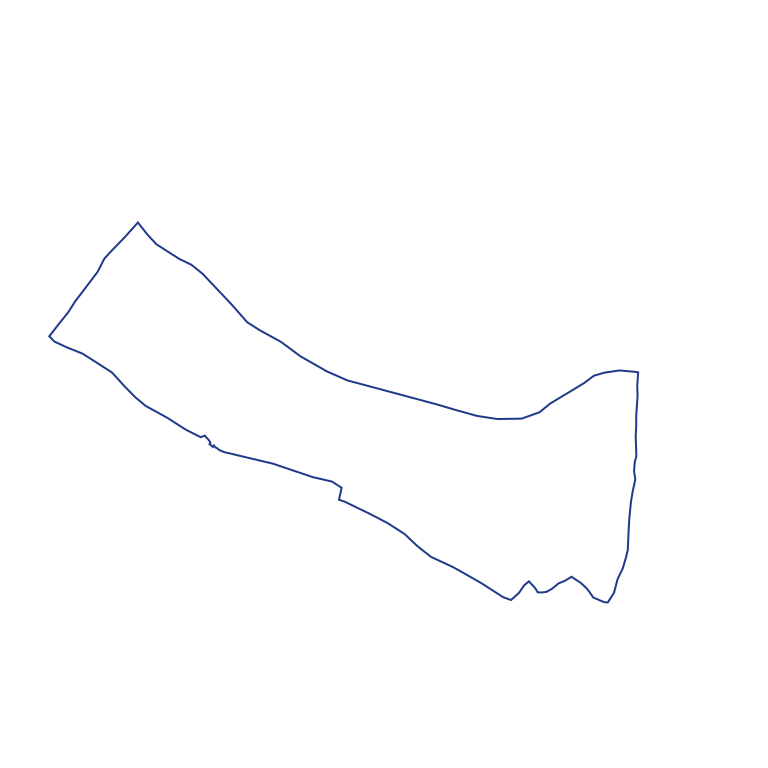 outline of Akoko North East, Ondo, Nigeria, rotated 33°
{"feature_id": "59680162B30693560799830", "entity_name": "Akoko North East", "entity_type": "district", "adm_level": 2, "iso_a3": "NGA", "parent_name": "Nigeria", "parent_adm1": "Ondo", "projection": "natural_earth1", "projection_center": [5.819, 7.563], "detail": "fine", "context": "isolated", "style": "outline", "palette": "blue", "viewbox_px": 768, "rotation_deg": 33, "n_neighbors": 0, "source": "geoboundaries", "source_scale": "gbopen_adm2", "svg_char_len": 1796}
<svg xmlns="http://www.w3.org/2000/svg" viewBox="0 0 768 768"><g transform="rotate(33 384 384)"><path d="M590.8,235.8L587.1,237.5L574.2,244.3L562.7,254.4L555.5,262.8L551.2,274.5L534.1,309.7L529.8,323.0L518.3,338.1L498.2,351.6L485.2,357.5L479.4,360.1L457.8,366.9L440.5,372.0L351.1,401.0L349.6,401.2L329.5,404.5L322.8,404.9L299.1,406.3L284.9,405.4L274.6,404.8L273.1,404.9L258.2,406.0L250.0,406.6L235.6,406.7L212.5,400.2L195.5,396.1L192.2,395.3L172.0,390.4L157.5,388.9L144.5,390.6L133.0,390.7L117.1,390.8L104.1,387.5L89.6,382.6L89.6,383.0L86.8,401.0L82.6,422.7L81.2,431.1L82.7,446.1L81.4,464.5L80.0,482.8L80.1,496.2L78.7,509.6L77.3,526.3L84.5,527.9L97.5,526.1L114.8,522.7L117.4,522.7L129.3,522.6L149.5,522.5L168.3,527.4L182.8,530.6L194.3,532.0L195.8,532.2L220.3,530.4L232.4,530.3L236.3,530.3L243.4,530.2L254.4,529.0L259.3,528.4L261.8,524.9L264.7,525.8L266.1,526.0L266.9,526.3L268.0,526.6L269.5,527.4L270.6,528.0L270.5,529.5L274.8,530.0L274.7,528.3L276.0,528.6L277.7,529.0L279.3,528.7L281.3,529.1L286.7,528.3L329.0,513.2L331.1,512.4L334.3,511.3L348.4,507.7L359.3,504.9L374.7,501.0L393.4,494.2L405.0,494.1L409.3,505.6L415.1,504.1L429.6,502.3L444.0,500.5L462.8,498.7L483.0,498.6L500.3,501.8L506.6,502.4L517.7,503.4L542.2,499.9L574.0,498.0L600.0,497.9L608.2,496.0L611.0,485.4L611.1,476.9L613.0,470.6L621.9,472.8L626.3,475.0L629.9,472.9L633.5,469.8L636.3,464.5L637.3,461.4L639.0,456.1L642.7,450.9L646.3,443.5L651.7,443.6L657.1,443.6L664.2,444.8L667.8,445.8L675.8,449.1L687.4,447.1L690.7,445.3L690.6,433.8L686.2,420.5L684.7,408.8L681.8,398.9L678.9,390.5L670.1,375.6L664.3,365.6L659.9,357.3L655.6,348.9L651.2,339.0L646.8,327.3L641.0,320.7L636.6,312.3L635.1,307.3L629.3,299.0L623.5,290.7L617.7,280.7L613.3,274.1L603.1,255.8L597.3,247.5L590.8,235.8Z" fill="none" stroke="#1e3a8a" stroke-width="2"/></g></svg>